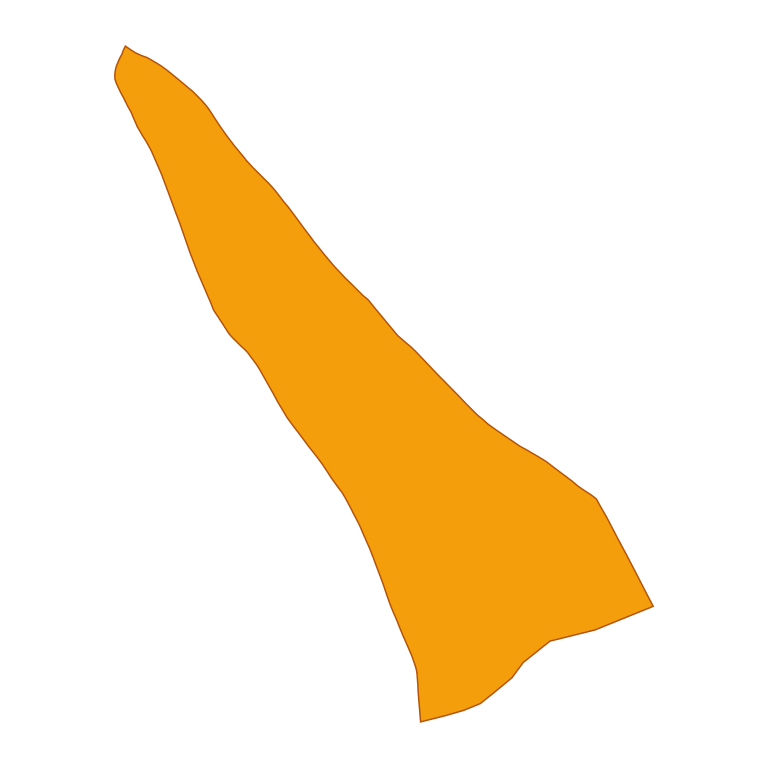 Cu Lao Dung, Sóc Trăng, Vietnam (Natural Earth projection)
{"feature_id": "81297802B41374649859024", "entity_name": "Cu Lao Dung", "entity_type": "district", "adm_level": 2, "iso_a3": "VNM", "parent_name": "Vietnam", "parent_adm1": "Sóc Trăng", "projection": "natural_earth1", "projection_center": [106.173, 9.63], "detail": "fine", "context": "isolated", "style": "filled", "palette": "amber", "viewbox_px": 768, "rotation_deg": 0, "n_neighbors": 0, "source": "geoboundaries", "source_scale": "gbopen_adm2", "svg_char_len": 2639}
<svg xmlns="http://www.w3.org/2000/svg" viewBox="0 0 768 768"><path d="M125.4,46.1L123.2,50.5L122.0,54.1L120.1,57.4L116.7,65.2L115.5,69.3L114.8,74.4L115.0,79.3L116.0,82.4L117.9,86.7L120.9,93.0L123.2,97.1L128.1,106.9L129.7,109.7L131.1,112.2L133.0,116.8L135.6,122.7L137.1,126.3L142.3,135.3L145.9,141.0L149.2,146.8L151.6,151.4L161.5,174.2L169.0,194.3L176.3,214.1L179.7,223.0L190.2,253.2L191.2,255.7L197.5,272.0L205.5,290.6L209.5,299.9L211.1,303.6L212.6,307.6L213.6,310.0L214.7,311.8L216.5,314.5L218.9,318.0L220.1,320.0L222.2,323.1L223.6,325.3L226.2,329.4L228.9,333.6L231.0,336.0L233.1,338.3L237.1,342.2L240.7,345.8L243.3,348.2L245.2,350.0L247.1,351.9L248.8,354.0L250.4,356.3L251.5,357.9L252.8,359.5L254.4,361.7L255.6,363.2L259.2,368.7L263.4,376.1L268.3,384.8L273.1,393.3L277.6,401.7L282.1,409.2L287.1,417.6L289.6,421.0L293.1,425.8L296.6,430.3L299.0,433.5L302.4,438.0L305.9,442.7L308.4,446.1L313.0,451.9L316.2,456.0L322.0,463.7L327.6,472.1L331.0,477.5L333.9,481.5L337.1,486.0L339.6,489.3L341.6,491.9L342.7,493.5L343.5,494.9L344.8,497.1L346.3,499.8L348.7,504.3L350.0,506.8L351.6,509.8L353.5,513.7L356.8,519.9L359.0,524.2L360.6,527.7L363.2,533.8L366.0,540.2L368.6,546.1L370.0,549.2L371.4,552.9L373.4,558.0L374.7,561.6L376.6,566.7L377.9,570.1L382.7,582.8L387.3,596.5L390.4,605.1L392.6,610.6L394.0,613.8L397.4,621.7L399.1,626.2L402.8,635.2L407.7,646.3L412.0,656.3L415.2,665.6L416.4,669.8L417.0,673.6L417.4,678.8L417.9,685.5L418.0,688.0L418.1,691.2L420.6,721.9L446.6,715.3L464.1,710.2L480.4,703.5L495.6,691.3L511.9,677.8L523.2,662.5L550.0,641.1L595.1,629.9L653.2,606.3L645.5,591.6L635.9,572.9L626.5,554.8L625.6,553.2L617.1,537.3L607.2,518.2L600.1,505.8L596.7,499.5L595.2,498.0L591.0,494.8L583.4,489.9L577.4,485.7L571.9,481.0L556.4,469.4L546.1,461.5L536.1,455.4L531.7,452.9L526.5,449.8L520.2,446.4L513.4,441.8L504.5,435.7L496.8,430.4L495.4,429.4L492.4,427.3L487.6,423.8L482.3,419.0L482.2,419.0L481.4,418.3L480.2,417.3L478.0,415.6L475.8,413.5L471.7,409.4L466.2,403.9L459.4,396.7L448.6,385.7L436.5,373.4L416.3,352.1L411.6,347.5L406.1,342.9L403.1,340.3L400.5,338.0L397.7,335.6L393.5,330.6L387.7,323.6L381.9,316.6L376.1,309.6L371.6,304.1L368.3,299.9L362.6,295.2L351.2,283.8L345.0,277.8L334.3,266.4L325.0,255.4L313.7,241.3L311.6,238.4L303.9,228.2L298.6,220.9L288.9,207.9L283.5,201.4L275.3,190.7L269.7,184.4L253.2,167.9L246.2,160.3L245.2,158.9L245.0,158.6L234.2,145.6L226.3,135.2L220.2,126.5L213.6,116.5L213.0,115.5L209.1,109.5L206.1,105.5L201.7,100.5L192.7,91.4L188.9,88.3L177.0,78.3L165.6,69.1L164.2,68.2L160.8,65.7L152.7,60.8L147.2,57.6L142.1,55.8L139.1,54.5L135.5,52.8L131.3,50.2L125.4,46.1Z" fill="#f59e0b" stroke="#b45309" stroke-width="1.5"/></svg>